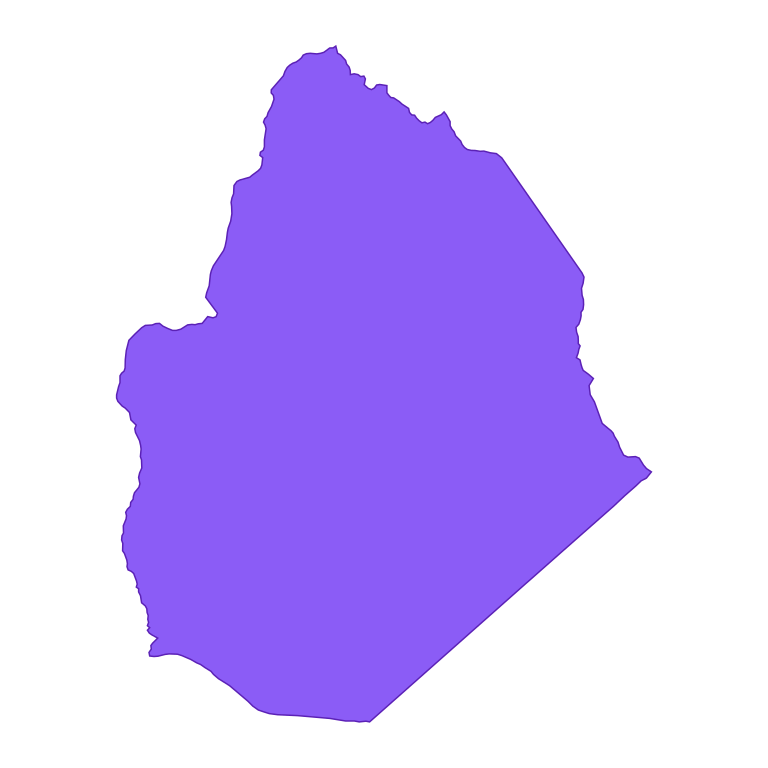 Bom Jesus do Tocantins, Pará, Brazil (Robinson projection)
{"feature_id": "56859067B86767686760790", "entity_name": "Bom Jesus do Tocantins", "entity_type": "district", "adm_level": 2, "iso_a3": "BRA", "parent_name": "Brazil", "parent_adm1": "Pará", "projection": "robinson", "projection_center": [-48.817, -5.028], "detail": "fine", "context": "isolated", "style": "filled", "palette": "violet", "viewbox_px": 768, "rotation_deg": 0, "n_neighbors": 0, "source": "geoboundaries", "source_scale": "gbopen_adm2", "svg_char_len": 3592}
<svg xmlns="http://www.w3.org/2000/svg" viewBox="0 0 768 768"><path d="M501.8,157.9L496.4,153.6L490.3,152.8L483.9,151.1L480.2,151.3L475.0,150.5L471.3,150.4L467.3,149.5L464.5,147.5L462.1,144.5L460.7,141.1L455.6,135.8L454.1,131.8L451.7,128.9L450.1,125.6L450.1,121.6L446.4,114.9L444.1,111.9L441.3,114.7L435.3,117.4L432.9,120.3L430.3,122.5L427.5,123.7L425.0,122.1L421.9,122.8L419.1,120.7L416.6,118.2L414.6,115.2L411.7,114.9L409.5,112.4L408.6,108.4L402.0,104.1L399.4,101.7L393.7,97.9L390.8,97.5L388.7,95.2L386.9,92.8L386.9,85.6L379.8,84.5L376.6,85.0L374.4,88.0L371.5,89.6L368.3,88.4L364.2,84.7L365.4,78.9L363.9,76.1L360.7,76.6L358.0,74.6L354.2,73.8L350.4,74.6L350.2,70.4L349.1,67.0L346.6,64.0L345.6,60.4L340.5,54.8L337.6,53.3L335.8,46.1L333.1,47.9L329.7,48.0L323.9,52.3L320.6,53.3L316.9,53.9L310.2,53.3L306.4,53.7L303.2,55.1L301.5,57.8L299.0,60.0L296.2,62.0L292.8,63.2L289.7,65.2L287.2,67.5L285.0,71.3L283.4,75.8L271.3,89.8L271.2,92.9L273.4,95.4L274.0,99.2L271.5,106.5L268.1,112.6L267.0,116.4L264.7,118.8L263.5,122.1L265.1,125.1L266.1,128.7L264.4,139.9L264.4,146.9L263.3,150.2L260.4,152.2L259.9,155.4L262.7,157.6L261.9,164.8L260.6,168.3L258.0,170.9L252.3,175.1L249.8,177.2L239.9,180.0L236.9,181.5L234.0,185.5L233.6,193.8L232.0,197.8L231.1,202.4L231.6,206.3L231.9,213.7L231.3,217.4L230.7,221.1L228.2,228.2L227.4,232.3L226.5,239.7L225.1,246.4L223.6,250.5L213.4,265.8L211.3,270.8L210.4,274.4L209.2,285.8L206.7,292.7L205.7,297.3L217.5,313.2L216.1,316.7L213.0,317.8L207.7,316.6L202.2,323.4L198.2,323.8L195.1,324.7L191.9,324.4L187.6,324.9L180.8,329.2L176.3,330.4L172.5,330.4L167.8,328.5L163.0,326.2L159.5,323.4L155.7,323.6L152.2,325.0L145.3,325.4L141.7,327.7L135.0,334.0L128.9,340.3L126.3,350.5L125.3,359.6L125.1,368.0L124.1,371.1L121.6,373.2L120.0,375.8L120.0,382.6L118.6,386.6L116.6,394.9L116.6,398.1L117.9,401.4L122.2,406.1L125.1,408.0L129.5,412.5L130.9,419.9L136.2,425.1L134.8,428.7L135.5,432.5L139.5,440.6L140.6,445.3L141.1,449.1L140.4,456.6L141.5,459.9L141.8,468.0L139.6,473.0L138.6,477.4L139.9,483.8L138.9,487.3L134.5,492.7L133.4,496.2L133.1,499.3L130.7,502.4L130.3,506.4L127.4,509.2L125.7,512.3L126.5,515.7L126.1,518.9L123.3,525.8L123.5,533.0L122.0,535.7L121.6,540.0L122.8,543.4L122.6,550.8L124.4,553.4L126.8,560.0L127.4,563.6L127.0,566.7L128.1,569.9L131.2,571.3L133.7,573.5L136.5,581.0L137.2,584.1L136.3,587.1L138.6,588.7L138.6,591.9L140.5,595.7L141.6,602.8L145.3,605.9L146.8,608.7L147.1,612.5L148.2,615.6L147.8,619.4L148.6,622.4L147.4,625.7L149.7,627.7L147.4,630.2L149.3,633.1L151.9,634.9L157.7,638.1L152.6,643.2L150.9,645.5L151.3,649.1L149.0,652.4L149.7,656.0L154.0,656.5L158.0,656.2L165.1,654.4L169.2,653.9L177.5,654.2L181.9,655.6L190.7,659.4L196.6,662.8L200.6,664.5L205.0,667.6L211.0,671.3L213.5,674.4L218.5,678.7L229.5,685.6L247.8,701.1L252.9,706.2L258.3,710.0L263.6,711.8L269.3,713.6L277.6,714.7L297.4,715.6L329.7,718.4L345.7,721.0L354.4,721.0L359.2,721.9L365.9,721.2L369.6,721.9L511.3,596.4L526.3,583.1L529.3,580.5L561.1,552.4L613.9,505.9L624.6,495.8L635.9,485.9L641.2,480.8L646.4,478.1L651.4,471.9L646.5,468.6L643.5,465.1L639.2,458.1L635.5,456.6L627.9,457.1L623.6,455.1L619.6,447.2L618.0,442.1L614.4,436.3L613.1,433.1L611.0,430.7L607.9,428.2L602.2,423.4L594.4,401.8L590.2,394.7L589.1,385.6L593.4,378.5L588.4,374.2L583.2,370.4L582.0,367.6L581.1,364.6L580.0,359.9L576.4,357.7L578.1,353.1L578.8,349.5L580.1,345.9L578.3,343.6L578.3,340.3L578.1,336.5L576.6,332.2L576.0,327.4L578.8,324.2L580.4,319.6L581.1,315.8L581.0,312.3L583.0,309.4L583.6,304.7L583.4,299.5L582.1,295.3L581.5,288.3L583.1,283.3L584.0,277.1L582.0,272.9L501.8,157.9Z" fill="#8b5cf6" stroke="#5b21b6" stroke-width="1.5"/></svg>